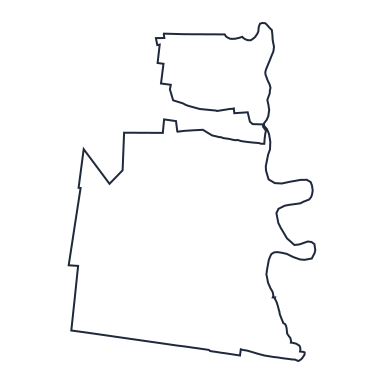 Dranic, Dolj, Romania (orthographic projection)
{"feature_id": "2599482B41865085519880", "entity_name": "Dranic", "entity_type": "district", "adm_level": 2, "iso_a3": "ROU", "parent_name": "Romania", "parent_adm1": "Dolj", "projection": "orthographic", "projection_center": [23.87, 44.068], "detail": "fine", "context": "isolated", "style": "outline", "palette": "slate", "viewbox_px": 384, "rotation_deg": 0, "n_neighbors": 0, "source": "geoboundaries", "source_scale": "gbopen_adm2", "svg_char_len": 3995}
<svg xmlns="http://www.w3.org/2000/svg" viewBox="0 0 384 384"><path d="M304.7,351.7L304.7,351.9L304.5,352.1L304.1,352.0L303.7,352.0L303.2,351.9L300.0,351.5L300.1,351.0L300.2,350.5L300.3,349.9L300.4,349.5L300.3,348.5L300.2,348.1L300.1,347.1L299.9,346.6L299.6,346.0L299.3,345.7L299.1,345.4L298.6,345.2L297.8,344.7L297.3,344.4L296.8,344.0L296.5,343.8L295.8,343.6L294.2,343.2L293.0,342.9L292.0,342.7L290.9,342.6L291.0,342.2L291.0,341.7L291.0,341.2L291.0,340.6L290.9,340.2L290.7,339.5L290.6,339.0L290.5,338.6L290.3,338.1L289.9,337.5L289.5,336.9L288.9,336.3L288.6,335.7L288.2,335.1L287.7,334.5L287.2,333.7L287.1,333.4L287.1,333.1L287.1,332.6L287.2,332.2L287.0,331.8L286.9,331.3L286.8,330.7L286.8,329.8L286.6,328.4L286.4,327.3L286.1,326.1L285.5,324.8L285.2,324.2L284.8,324.0L284.3,323.7L283.6,323.2L283.1,322.9L283.0,322.7L282.9,322.4L282.9,322.1L282.8,321.7L282.2,320.4L281.6,318.9L281.2,317.9L280.9,317.0L280.5,316.1L280.0,314.9L279.6,313.1L279.5,312.5L279.5,312.2L279.4,311.6L279.1,310.8L278.7,309.4L278.2,307.4L277.8,305.9L276.6,302.1L275.6,300.0L274.6,298.3L275.0,297.4L272.8,297.4L273.4,295.8L272.7,292.1L270.4,288.1L268.0,282.6L267.4,279.2L266.4,274.4L267.0,269.9L268.8,260.0L270.1,256.6L271.4,254.0L274.1,252.4L277.5,252.1L282.0,252.8L286.8,253.9L293.1,257.0L300.2,259.5L304.8,259.8L311.8,258.5L314.6,253.0L315.3,250.2L314.4,244.1L311.5,242.0L307.8,241.5L305.2,242.4L299.5,244.4L294.4,245.0L290.3,241.3L287.0,238.4L280.6,227.6L278.3,222.9L276.4,213.1L278.5,208.8L284.7,205.7L289.5,204.8L296.3,203.9L300.4,203.3L303.5,201.7L309.2,199.5L311.1,197.1L312.1,194.3L312.7,190.5L312.0,185.6L310.6,182.0L310.2,181.8L306.8,179.8L300.6,179.9L289.7,181.8L281.8,183.5L274.8,183.1L268.6,179.4L266.0,170.6L265.8,166.2L268.1,154.7L270.0,149.4L270.3,141.8L269.0,133.9L266.9,129.0L264.2,126.0L263.8,123.6L266.6,120.0L268.3,116.2L269.2,109.8L268.3,104.2L267.4,100.4L267.4,99.8L268.4,96.9L269.7,93.5L269.9,90.4L270.5,87.9L269.7,84.7L267.7,80.5L265.5,74.6L265.3,72.4L265.5,71.3L266.1,69.2L269.7,60.5L271.7,55.4L273.4,51.4L274.0,46.9L272.7,40.2L272.4,34.9L271.8,30.0L270.0,28.3L268.5,26.6L266.8,24.7L265.7,23.6L264.9,23.1L263.7,23.1L262.3,23.0L261.7,23.1L261.1,23.4L260.0,23.7L259.6,24.7L258.9,26.5L258.6,28.2L258.5,29.8L258.3,31.5L257.3,33.8L256.0,35.7L255.1,37.0L253.6,38.3L250.9,40.2L249.7,40.3L247.6,40.1L246.1,39.6L244.8,39.0L242.9,37.6L242.3,36.8L238.7,38.0L236.5,38.4L235.1,38.8L233.5,38.8L231.8,38.9L230.1,38.7L228.4,38.0L227.1,37.2L226.3,36.7L225.4,35.6L224.7,34.4L223.7,34.4L183.9,34.2L166.3,33.7L163.9,33.7L163.8,34.2L164.3,38.0L155.9,38.1L157.3,45.1L159.7,44.6L157.6,63.0L163.5,63.8L162.7,69.8L162.7,70.1L161.0,83.5L170.8,84.8L169.9,89.4L173.1,100.2L173.4,100.4L183.0,103.4L185.7,104.9L188.5,105.9L199.8,109.0L216.2,110.6L217.0,111.0L230.2,108.9L231.4,108.9L232.3,108.9L233.8,108.4L234.3,113.2L247.7,112.3L249.9,121.7L252.6,124.1L262.8,124.4L263.2,126.9L265.9,130.6L265.2,134.3L264.6,139.1L264.3,143.8L260.6,143.7L259.4,143.1L253.4,142.6L247.7,142.0L241.2,141.1L237.8,140.0L235.7,140.2L233.4,139.9L229.1,138.9L223.4,138.1L220.6,137.1L219.4,137.2L217.2,136.6L212.1,135.4L208.6,133.3L202.9,129.8L193.1,130.3L183.9,130.9L177.5,131.7L177.3,131.5L176.0,121.1L164.1,119.4L162.8,132.9L124.1,132.7L122.6,170.3L109.5,183.8L83.7,149.2L78.6,187.8L80.6,188.0L74.7,226.1L68.7,265.3L78.1,265.9L74.7,298.6L71.3,330.5L88.9,332.9L120.2,337.4L134.2,339.4L167.1,344.1L177.5,345.6L185.8,346.6L193.3,347.7L202.7,349.0L208.1,349.8L208.3,349.8L208.8,350.0L209.2,350.2L209.5,350.5L209.8,350.8L210.2,351.0L213.0,351.5L216.1,351.9L220.8,352.7L225.5,353.3L240.0,355.5L240.1,354.5L240.4,352.6L240.7,350.0L240.8,349.3L241.1,349.4L243.1,350.0L245.3,350.3L247.1,350.6L249.9,351.4L254.0,352.6L258.3,353.9L264.4,355.5L271.8,356.7L272.3,356.8L274.6,357.1L277.6,357.4L281.8,358.1L286.4,358.7L288.2,358.9L291.5,359.4L295.0,359.6L296.2,360.1L297.1,360.5L297.7,360.8L298.0,361.0L298.4,360.9L298.8,360.8L300.4,359.8L301.6,358.9L303.0,357.0L304.5,354.7L304.6,354.0L304.6,352.8L304.7,351.7Z" fill="none" stroke="#1e293b" stroke-width="2"/></svg>